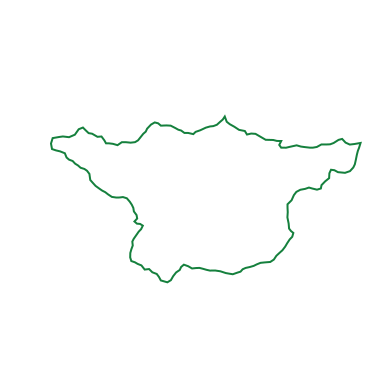 outline of Passa Quatro, Minas Gerais, Brazil, rotated 196°
{"feature_id": "56859067B53708419118312", "entity_name": "Passa Quatro", "entity_type": "district", "adm_level": 2, "iso_a3": "BRA", "parent_name": "Brazil", "parent_adm1": "Minas Gerais", "projection": "orthographic", "projection_center": [-44.965, -22.402], "detail": "fine", "context": "isolated", "style": "outline", "palette": "green", "viewbox_px": 384, "rotation_deg": 196, "n_neighbors": 0, "source": "geoboundaries", "source_scale": "gbopen_adm2", "svg_char_len": 2555}
<svg xmlns="http://www.w3.org/2000/svg" viewBox="0 0 384 384"><g transform="rotate(196 192 192)"><path d="M130.1,124.2L126.0,127.1L123.4,128.8L122.0,131.7L119.5,133.8L115.8,135.8L112.3,138.0L109.9,140.2L106.6,142.8L102.6,144.4L97.5,146.3L94.7,149.6L93.3,154.0L91.0,157.8L89.0,161.0L87.4,165.1L86.3,169.3L85.0,173.4L83.3,176.6L83.3,180.6L86.0,181.7L88.6,183.6L90.4,188.3L93.3,193.9L94.4,199.0L95.8,203.1L96.8,206.5L94.0,211.5L93.2,217.1L91.7,220.9L88.5,224.0L84.1,226.2L80.8,228.5L77.3,228.5L72.5,228.7L69.1,230.9L69.4,234.3L66.9,239.0L64.0,243.1L65.1,247.9L64.5,251.7L61.1,252.2L57.2,251.3L50.2,252.6L45.9,255.6L43.7,260.0L43.1,263.5L43.4,268.4L43.8,273.5L43.9,277.3L43.6,280.5L43.5,285.6L49.3,282.8L53.4,281.1L58.0,281.8L62.3,284.4L65.5,282.5L69.4,278.1L72.4,275.9L76.0,274.7L80.8,273.3L84.4,269.7L87.9,268.0L91.0,267.1L95.7,266.3L99.8,265.7L104.3,265.7L110.2,262.5L113.8,260.5L118.5,259.2L121.1,261.3L120.3,265.6L124.4,264.5L128.2,264.4L135.6,262.5L147.0,265.4L151.2,264.5L155.0,262.4L158.0,265.2L163.9,264.7L169.3,266.4L174.4,267.6L178.0,269.1L181.3,273.6L182.4,270.1L184.5,266.9L186.6,263.5L189.7,261.2L192.7,260.0L196.4,257.7L201.1,253.6L205.1,250.8L206.7,248.0L212.1,247.7L215.6,246.7L219.4,248.1L222.3,248.1L225.7,248.9L230.8,249.9L235.1,248.9L240.2,247.2L243.5,248.7L247.0,248.6L250.0,245.5L252.6,240.5L253.1,237.3L254.9,234.5L258.1,226.8L260.5,224.2L264.6,222.5L269.0,221.7L273.2,220.5L276.5,216.5L281.3,216.5L285.2,215.9L288.1,215.1L290.5,217.5L294.3,220.4L298.1,219.0L304.1,220.5L307.6,220.1L311.6,222.2L314.6,223.9L318.2,221.1L320.4,214.8L325.3,210.8L331.4,209.8L334.8,208.3L340.8,205.4L340.9,199.7L338.4,194.7L334.3,194.5L330.0,194.7L324.9,194.2L322.1,190.6L319.1,189.2L315.3,188.9L312.1,187.0L308.9,186.1L305.8,184.6L301.8,184.5L298.8,183.5L295.6,181.1L293.1,175.5L289.8,173.4L286.4,171.3L282.3,169.8L278.8,168.6L275.3,167.9L272.1,166.6L267.7,165.2L263.2,165.8L260.0,166.8L257.0,168.1L252.9,168.0L249.1,165.5L246.3,163.1L244.0,160.5L242.5,157.3L238.9,154.5L237.4,151.4L239.2,147.8L236.2,146.4L233.1,147.0L230.0,146.1L230.7,142.2L232.3,139.2L233.9,134.5L235.1,131.0L235.7,127.9L234.2,124.2L234.5,120.4L234.5,116.4L233.4,112.1L231.3,108.9L227.5,108.7L224.4,107.9L220.4,107.5L216.1,104.4L212.0,106.1L208.0,103.9L203.3,103.5L200.4,101.3L197.6,98.4L194.5,98.4L190.8,98.4L188.0,101.4L186.9,105.9L185.1,110.3L182.3,113.7L181.8,116.9L179.8,119.9L175.2,119.6L170.9,118.5L167.2,120.0L163.9,121.1L160.2,121.2L156.6,121.2L153.1,121.4L148.2,122.9L142.9,123.6L137.1,123.4L133.3,123.8L130.1,124.2Z" fill="none" stroke="#15803d" stroke-width="2"/></g></svg>